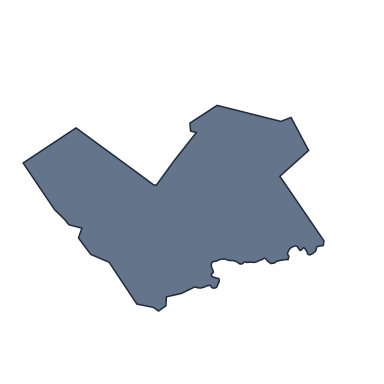 the district of Maprik District, East Sepik, Papua New Guinea, rotated 146°
{"feature_id": "67681753B82575638855477", "entity_name": "Maprik District", "entity_type": "district", "adm_level": 2, "iso_a3": "PNG", "parent_name": "Papua New Guinea", "parent_adm1": "East Sepik", "projection": "albers", "projection_center": [142.998, -3.65], "detail": "fine", "context": "isolated", "style": "filled", "palette": "slate", "viewbox_px": 384, "rotation_deg": 146, "n_neighbors": 0, "source": "geoboundaries", "source_scale": "gbopen_adm2", "svg_char_len": 1819}
<svg xmlns="http://www.w3.org/2000/svg" viewBox="0 0 384 384"><g transform="rotate(146 192 192)"><path d="M109.9,77.9L110.3,146.8L110.4,155.9L72.1,161.2L68.2,198.4L78.9,200.9L122.7,249.7L122.8,249.8L155.2,250.3L159.1,243.3L155.2,238.9L172.7,233.3L188.9,228.1L217.8,217.6L219.9,219.5L225.0,234.0L252.3,310.0L315.8,310.5L315.8,254.2L312.9,240.0L312.4,233.7L303.5,223.6L311.8,217.4L311.4,207.3L310.8,196.8L300.0,180.1L300.4,129.9L288.5,117.9L286.3,112.0L277.2,112.3L271.8,119.4L257.7,113.9L246.0,112.2L243.1,111.9L242.3,111.1L241.0,109.6L239.6,108.3L238.0,107.3L235.3,106.4L231.4,105.6L229.1,104.5L229.1,104.1L229.1,102.4L228.7,101.0L227.1,99.7L225.5,99.3L224.3,99.5L219.5,102.6L218.7,103.7L218.2,105.3L220.3,107.5L220.9,108.5L222.1,109.7L222.6,111.7L222.3,112.7L220.7,113.2L219.3,113.4L218.7,114.3L218.4,115.5L218.2,117.2L217.5,119.7L215.8,121.9L213.8,122.6L210.3,121.0L207.3,120.7L205.1,119.8L202.4,118.2L200.1,115.1L198.3,113.5L196.7,112.5L195.4,111.1L194.3,109.7L193.7,108.5L192.6,105.7L191.8,104.9L191.0,104.5L189.4,104.5L188.0,104.8L186.8,104.1L186.1,103.0L183.6,101.7L181.8,100.5L180.6,99.3L178.5,98.3L176.3,97.8L173.9,97.5L171.9,96.8L169.9,96.8L168.6,96.2L168.2,95.6L168.0,92.4L167.6,91.7L167.3,90.3L166.6,88.5L163.6,87.1L162.3,87.1L160.5,87.2L158.0,86.2L156.7,85.8L155.5,85.2L153.7,84.3L151.6,83.3L150.7,82.5L150.0,82.2L149.5,83.2L148.2,83.7L147.8,84.2L147.4,85.8L147.7,86.7L147.5,87.2L146.1,88.5L145.0,89.1L143.3,90.0L141.7,90.4L140.3,90.4L138.1,90.1L136.3,89.4L135.5,88.6L135.2,87.3L135.2,85.9L135.3,83.6L134.9,82.9L134.0,82.8L130.8,83.4L130.4,83.2L130.1,82.4L130.1,79.9L130.1,77.5L130.8,76.2L130.7,75.3L129.9,74.4L129.1,73.8L126.6,73.5L123.6,73.7L122.2,74.1L120.3,75.7L119.3,76.6L118.4,76.7L116.4,75.9L113.8,74.4L113.2,74.4L112.6,74.6L109.9,77.9Z" fill="#64748b" stroke="#1e293b" stroke-width="1.5"/></g></svg>